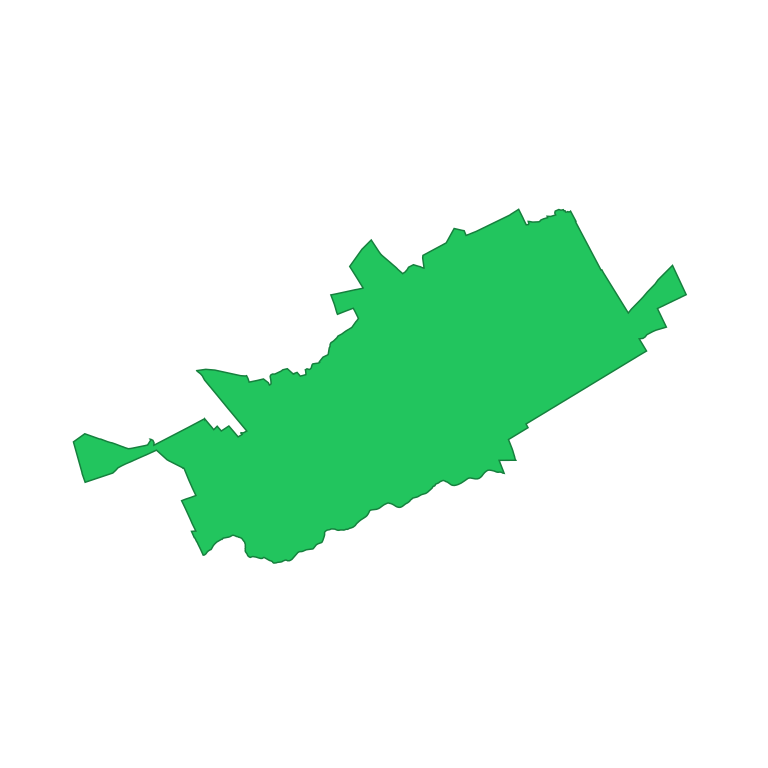 Villagrán, Guanajuato, Mexico, rotated 333°
{"feature_id": "50627088B37943890522805", "entity_name": "Villagrán", "entity_type": "district", "adm_level": 2, "iso_a3": "MEX", "parent_name": "Mexico", "parent_adm1": "Guanajuato", "projection": "orthographic", "projection_center": [-101.009, 20.546], "detail": "fine", "context": "isolated", "style": "filled", "palette": "green", "viewbox_px": 768, "rotation_deg": 333, "n_neighbors": 0, "source": "geoboundaries", "source_scale": "gbopen_adm2", "svg_char_len": 6153}
<svg xmlns="http://www.w3.org/2000/svg" viewBox="0 0 768 768"><g transform="rotate(333 384 384)"><path d="M628.0,314.9L627.4,314.8L626.5,314.5L626.0,313.8L624.9,313.8L623.8,313.2L624.0,311.9L622.9,311.2L622.9,310.8L622.9,310.1L620.6,309.5L619.0,307.9L615.5,307.7L615.0,307.7L613.8,309.2L613.7,311.3L608.6,310.4L605.5,308.6L605.3,310.1L601.3,309.3L598.3,309.1L596.5,309.8L595.6,309.8L590.1,307.3L589.1,306.6L587.5,305.3L586.3,304.6L585.9,306.8L585.1,307.5L583.0,306.7L583.1,300.7L583.2,299.2L583.3,289.5L573.7,290.4L572.9,290.6L535.4,289.9L524.6,288.9L525.0,283.8L523.3,282.5L517.1,277.3L503.5,286.5L477.1,287.1L475.7,289.2L472.5,298.4L472.2,298.9L470.8,297.6L469.5,295.9L468.4,295.0L464.4,291.1L458.9,291.1L456.6,292.6L453.3,293.9L451.8,294.0L450.8,294.2L448.3,288.0L448.1,287.1L447.5,285.4L443.4,275.4L440.2,267.6L440.3,267.5L440.0,266.7L439.5,263.4L438.0,249.9L426.3,253.7L425.6,253.9L406.8,263.7L407.9,275.8L408.4,281.7L408.5,283.3L409.0,289.0L408.8,289.1L403.2,287.6L401.7,287.1L382.4,282.0L377.1,280.5L376.0,290.2L375.3,294.1L375.0,295.5L374.3,299.2L374.2,300.8L383.6,301.7L389.9,302.4L391.0,302.6L391.1,306.2L391.0,313.9L388.1,315.5L387.5,315.6L381.0,319.0L373.9,319.5L369.1,320.3L364.7,320.4L363.1,321.4L358.5,322.8L355.5,323.1L354.0,324.2L353.0,326.0L351.6,327.0L347.7,332.3L346.9,332.5L341.8,332.4L336.5,334.8L336.5,335.5L335.8,335.6L334.5,335.4L332.0,334.5L330.1,333.9L329.6,333.8L329.3,333.9L328.9,334.1L328.4,334.5L327.2,335.8L326.8,336.3L326.1,336.8L325.0,337.2L324.5,337.2L324.0,337.1L323.5,336.7L322.6,335.8L322.2,335.5L320.3,335.7L320.3,336.2L319.2,339.2L318.6,340.2L313.0,339.0L311.8,334.2L308.4,333.8L308.5,334.1L307.7,334.0L304.8,326.5L300.7,325.5L300.1,325.4L298.9,325.7L297.8,325.8L291.4,325.6L290.6,325.3L289.4,324.6L289.1,324.5L287.8,324.5L287.1,324.6L286.7,324.9L286.0,325.6L285.4,327.4L285.2,328.4L284.2,331.0L283.6,332.3L282.9,332.8L282.2,332.9L281.4,332.9L281.5,330.4L278.9,324.8L272.7,323.3L264.7,321.1L265.3,317.4L265.3,314.2L264.5,314.1L263.9,313.8L262.0,312.7L259.9,311.4L239.6,294.8L231.8,290.0L223.3,287.1L223.3,287.7L225.1,291.5L225.8,294.2L225.9,299.0L229.3,314.1L234.0,335.5L240.4,363.6L237.3,363.7L236.6,363.6L235.9,363.4L235.2,363.0L234.5,362.5L234.2,362.8L234.5,363.2L234.7,364.6L230.0,364.9L228.7,359.2L226.7,351.0L222.3,351.5L217.7,352.0L216.2,345.9L211.6,347.4L208.4,333.6L208.0,334.1L208.0,333.5L190.4,333.8L151.1,334.1L151.2,333.9L152.4,332.0L152.5,329.3L151.1,327.4L150.6,327.1L150.7,327.7L150.3,328.3L145.7,331.0L143.1,330.4L130.8,327.0L128.9,326.4L126.8,325.6L124.3,323.1L123.1,321.7L121.8,320.4L117.3,315.4L115.0,313.0L113.6,311.9L111.5,309.9L106.5,304.4L106.2,304.3L105.7,304.0L94.8,292.5L81.0,294.6L77.8,310.5L74.8,325.4L74.3,327.1L73.1,335.9L102.0,340.2L105.6,339.2L109.0,337.9L113.4,337.8L117.9,337.9L125.0,338.4L126.5,338.4L126.8,338.4L127.6,338.5L130.4,338.6L142.5,339.3L151.2,339.6L156.3,353.0L157.2,354.3L157.4,354.7L166.2,366.7L166.6,367.8L167.3,367.8L167.5,368.9L166.5,380.9L166.0,390.3L165.8,398.0L160.1,397.3L154.8,396.5L150.7,396.1L150.5,404.7L150.0,416.9L149.7,421.4L149.6,429.6L145.6,427.9L145.2,434.8L145.6,435.5L145.5,439.7L145.7,439.9L145.8,440.5L145.6,441.4L145.5,447.8L145.2,454.4L146.4,454.8L148.1,454.5L150.3,453.4L151.8,453.0L153.8,452.8L154.4,453.0L155.3,452.7L158.4,450.6L160.2,449.8L163.2,448.9L168.8,448.6L169.2,448.9L170.5,448.4L171.0,448.4L176.1,449.9L177.3,450.1L178.1,450.1L179.9,450.0L180.7,450.1L181.0,450.3L182.6,451.8L183.2,452.8L184.1,453.4L184.7,454.1L185.1,454.7L185.8,455.2L186.5,456.0L187.2,457.1L187.4,458.1L187.5,459.1L188.0,461.5L187.9,462.3L187.7,463.1L187.7,463.7L187.4,464.4L186.5,466.1L186.2,467.0L185.7,467.4L185.1,469.0L184.7,469.4L184.4,470.5L184.8,473.2L184.7,474.5L184.9,476.0L185.8,477.4L186.2,477.8L188.2,478.0L188.8,478.2L191.4,480.1L193.3,482.0L195.0,483.5L196.3,484.1L197.1,484.1L197.8,483.9L198.3,484.0L198.7,484.5L201.9,489.3L202.8,490.1L203.9,491.5L204.0,492.6L204.3,493.3L204.7,493.6L206.7,494.4L208.2,494.6L211.1,495.7L212.3,496.0L214.1,495.9L216.0,496.1L216.9,496.5L218.0,497.8L219.5,498.5L220.8,498.6L222.5,498.4L230.7,495.1L231.8,495.0L232.7,495.1L234.8,496.0L236.0,496.2L239.4,496.4L241.5,497.1L245.6,498.6L246.2,498.6L250.6,496.6L251.4,496.5L252.3,496.4L256.4,496.9L257.1,496.7L258.5,495.6L260.9,493.3L262.3,491.8L262.9,490.9L263.5,489.5L264.1,489.0L264.9,488.6L266.1,488.4L267.2,488.4L269.4,489.1L271.2,489.2L273.9,490.7L274.4,491.1L276.0,493.0L277.4,493.9L278.4,494.1L280.0,494.8L281.7,495.8L282.6,496.1L284.3,496.2L285.2,496.8L286.2,497.0L287.9,496.9L288.8,497.2L290.2,497.4L291.6,497.5L293.2,497.2L294.2,497.0L296.1,496.0L299.6,495.0L301.6,494.6L307.4,494.0L308.9,493.6L310.5,492.8L311.7,492.0L313.3,490.8L313.8,490.4L314.4,490.3L315.1,490.4L316.0,490.6L320.3,492.2L321.5,492.4L322.9,492.5L324.3,492.4L328.4,491.7L329.7,491.6L333.0,491.7L333.9,492.0L334.7,492.8L335.9,493.7L336.9,494.9L337.9,496.4L339.0,498.3L339.8,499.4L340.9,500.4L341.9,501.0L342.9,501.3L344.1,501.4L345.3,501.3L348.9,500.6L351.0,500.6L352.8,500.3L353.9,500.0L355.0,499.3L356.2,499.3L357.4,498.8L358.2,498.8L362.2,499.7L363.0,499.8L366.7,499.6L367.8,499.7L371.3,500.4L372.1,500.4L373.8,500.2L379.6,498.6L380.4,498.1L381.1,497.6L381.5,497.5L382.6,497.8L383.4,497.6L384.0,497.0L384.8,496.7L387.7,496.9L389.7,496.5L392.6,496.7L393.4,497.1L394.1,497.9L395.1,499.4L395.8,499.9L398.2,504.5L399.5,505.7L400.8,506.4L402.6,506.9L404.5,507.2L407.7,507.3L411.4,506.9L415.7,506.3L416.5,506.3L417.5,506.6L418.4,507.0L422.3,510.0L424.1,510.9L425.8,511.2L427.7,511.0L429.8,510.3L431.1,509.6L433.5,508.6L435.7,508.1L437.4,508.0L438.9,508.6L440.7,509.9L442.7,511.6L444.2,513.4L445.5,514.4L447.4,515.1L448.3,515.8L448.9,516.4L449.2,517.1L450.5,518.1L451.9,504.3L462.1,509.4L466.8,511.8L466.8,510.0L467.3,508.3L467.9,504.9L468.5,501.8L468.8,499.5L469.7,490.0L492.5,488.3L492.4,484.1L600.6,476.1L624.7,474.3L632.9,473.8L631.9,459.6L635.4,460.9L638.1,460.6L640.6,459.4L647.2,459.3L650.7,459.5L661.4,461.5L661.9,440.9L693.8,441.6L694.9,409.3L675.5,415.6L670.9,418.0L660.4,421.6L654.2,424.2L648.8,426.1L638.4,429.6L633.9,431.6L630.0,384.6L629.9,381.2L629.1,381.1L628.3,326.8L628.5,325.9L628.9,326.0L628.7,314.7L628.0,314.9Z" fill="#22c55e" stroke="#15803d" stroke-width="1.5"/></g></svg>